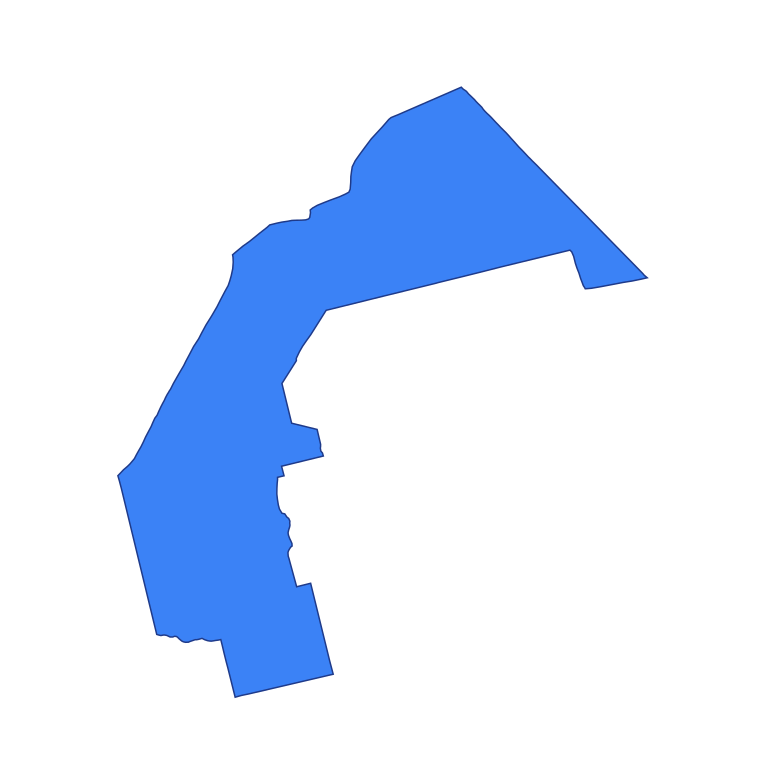 the district of Borei Cholsar, Takêv, Cambodia, rotated 256°
{"feature_id": "14789045B63484458501082", "entity_name": "Borei Cholsar", "entity_type": "district", "adm_level": 2, "iso_a3": "KHM", "parent_name": "Cambodia", "parent_adm1": "Takêv", "projection": "albers", "projection_center": [104.993, 10.787], "detail": "fine", "context": "isolated", "style": "filled", "palette": "blue", "viewbox_px": 768, "rotation_deg": 256, "n_neighbors": 0, "source": "geoboundaries", "source_scale": "gbopen_adm2", "svg_char_len": 3159}
<svg xmlns="http://www.w3.org/2000/svg" viewBox="0 0 768 768"><g transform="rotate(256 384 384)"><path d="M359.4,103.6L353.8,103.8L346.2,103.9L196.0,102.9L194.9,104.7L193.9,106.7L193.8,109.1L193.5,110.4L192.6,112.4L190.3,115.2L189.6,117.9L189.9,119.6L189.3,121.4L188.3,122.4L186.4,123.5L184.6,124.8L183.3,125.8L182.3,127.1L181.4,128.9L180.8,131.9L181.1,133.3L181.4,137.1L181.6,138.9L181.2,140.4L181.1,142.5L181.2,145.9L179.3,148.1L177.7,150.6L176.9,152.4L176.3,154.1L176.1,155.9L175.9,158.7L175.6,161.3L175.5,163.8L169.4,163.8L161.1,163.7L153.3,163.7L146.2,163.8L116.1,163.8L116.3,170.3L116.0,177.9L114.7,264.5L128.3,264.3L208.4,264.6L208.4,250.2L235.5,249.6L237.2,249.6L240.1,249.4L243.6,250.0L245.3,251.0L247.0,252.6L248.3,254.0L249.0,255.6L251.5,256.1L254.4,255.6L256.7,255.1L260.4,254.7L262.8,254.9L265.1,256.0L268.2,257.9L269.8,258.6L271.9,258.9L273.7,259.5L276.6,259.0L278.5,257.5L282.0,256.3L283.3,253.7L287.9,252.3L292.2,252.2L298.0,252.7L303.2,253.4L308.8,254.9L313.4,256.3L317.0,257.6L319.2,258.1L319.1,264.8L329.0,264.7L328.8,307.7L331.9,307.6L334.2,306.5L337.1,306.7L338.6,307.3L340.8,307.9L356.1,308.1L368.3,284.9L409.2,285.1L427.8,304.6L430.1,305.1L435.6,309.6L440.2,314.0L444.6,319.0L449.7,325.0L469.5,345.7L469.4,406.3L469.2,458.7L469.3,461.2L469.2,486.9L469.2,506.8L469.3,526.7L468.9,596.8L466.8,598.1L461.9,598.9L454.7,598.9L449.6,599.3L444.4,600.0L438.8,600.3L434.8,600.8L431.2,601.2L429.0,602.0L427.7,602.3L426.7,608.4L426.0,617.5L425.3,629.7L424.7,640.6L423.9,649.8L423.5,659.4L423.4,665.1L426.6,662.8L428.8,661.7L555.9,587.1L559.2,585.2L561.8,583.6L564.7,581.8L568.0,579.9L569.0,579.2L573.2,576.9L574.6,576.1L577.1,574.7L581.5,572.1L586.1,569.7L589.7,567.8L591.7,566.7L593.1,566.0L595.2,564.9L598.3,563.2L601.6,561.2L604.7,559.3L608.3,557.3L610.5,556.0L613.2,554.5L616.5,552.7L619.0,551.2L621.7,549.4L623.9,548.1L625.0,547.5L626.6,546.7L628.8,545.9L631.5,544.3L633.4,543.1L636.0,541.6L637.9,540.7L641.1,538.7L642.7,537.7L645.0,536.2L648.0,534.8L649.3,533.7L650.9,532.2L653.3,530.8L641.8,462.3L641.6,460.7L641.3,458.6L640.8,455.3L639.5,452.6L637.3,449.5L633.6,444.2L629.3,437.6L624.9,430.9L618.9,423.5L612.6,415.9L607.6,410.1L602.4,405.7L600.9,405.1L598.1,403.9L593.5,402.1L587.4,400.4L581.2,398.3L578.6,396.3L577.6,392.4L576.4,385.7L575.5,377.2L574.6,370.1L573.5,362.5L572.1,357.5L570.7,354.5L567.9,354.1L563.5,352.2L562.4,350.7L562.2,347.7L563.0,343.3L564.2,338.1L565.0,334.2L565.2,330.1L565.8,324.1L566.0,318.4L566.0,311.6L564.3,308.5L562.5,304.5L560.5,300.0L558.0,294.7L554.6,287.3L551.9,280.4L547.8,271.9L546.0,268.3L543.8,268.2L538.8,267.2L532.4,265.1L525.9,261.9L521.2,259.2L517.2,256.6L512.5,252.2L505.1,245.6L499.3,240.6L491.9,233.4L484.3,225.5L477.5,219.3L472.7,215.1L466.5,208.4L459.4,202.1L454.1,197.3L450.4,194.2L444.8,188.7L439.8,183.9L435.5,179.8L430.6,175.6L429.3,174.1L428.0,172.9L426.5,171.3L423.6,168.7L421.4,167.0L418.7,164.5L415.6,161.8L411.9,158.8L408.6,156.3L406.3,153.4L402.3,150.2L399.2,147.9L395.0,144.1L390.2,139.8L386.0,136.5L382.0,133.1L378.4,129.6L375.3,126.7L372.0,123.8L370.0,121.1L367.8,118.0L366.1,115.1L363.8,110.5L361.4,106.8L359.4,103.6Z" fill="#3b82f6" stroke="#1e3a8a" stroke-width="1.5"/></g></svg>